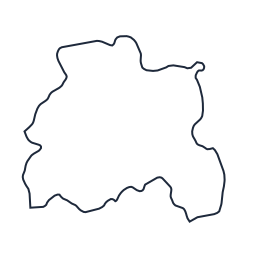 the border of Laoighis, rotated 7°
{"feature_id": "IRL-723", "entity_name": "Laoighis", "entity_type": "County", "adm_level": 1, "iso_a3": "IRL", "parent_name": "Ireland", "parent_adm1": "", "projection": "orthographic", "projection_center": [-7.345, 52.994], "detail": "fine", "context": "isolated", "style": "outline", "palette": "slate", "viewbox_px": 256, "rotation_deg": 7, "n_neighbors": 0, "source": "natural_earth", "source_scale": "10m", "svg_char_len": 2737}
<svg xmlns="http://www.w3.org/2000/svg" viewBox="0 0 256 256"><g transform="rotate(7 128 128)"><path d="M230.3,174.3L229.8,180.1L230.0,191.0L229.9,192.7L228.7,199.6L226.9,201.4L224.0,203.0L207.8,208.1L200.6,213.4L198.1,210.4L196.8,207.7L196.3,206.4L195.1,203.9L194.3,202.7L193.4,201.6L192.1,200.8L184.5,199.1L183.0,198.0L181.9,196.8L180.6,194.3L179.1,191.9L178.6,190.5L178.5,188.7L178.6,185.1L178.5,183.5L178.0,182.2L177.1,181.1L168.5,173.9L167.3,173.2L165.5,173.0L163.1,173.7L151.9,182.1L151.5,183.5L150.9,186.7L150.1,188.1L148.9,188.9L147.2,189.3L144.3,188.6L139.8,186.3L138.3,186.0L136.4,186.5L134.3,187.6L131.3,190.1L129.8,191.9L128.7,193.5L127.3,196.1L125.9,200.4L125.2,201.6L124.3,202.2L122.9,201.1L121.4,200.5L119.6,200.6L116.7,202.8L115.2,204.5L114.2,206.3L113.7,207.8L112.0,209.6L109.1,211.6L96.1,216.7L94.2,216.7L91.1,215.5L89.4,214.4L86.1,211.5L85.0,210.9L81.4,209.8L76.4,207.2L72.2,206.0L70.3,204.7L69.0,203.5L68.1,202.5L66.1,202.7L63.4,204.1L58.3,209.2L56.8,211.9L56.2,214.2L55.0,215.5L53.5,216.6L40.8,219.0L38.3,205.1L36.5,200.5L34.3,198.0L32.7,195.9L30.3,192.0L29.5,189.5L29.5,187.5L30.7,182.9L31.0,177.9L31.5,175.2L32.2,173.2L35.0,167.9L35.7,166.8L37.7,164.9L42.2,161.5L43.2,160.2L44.1,158.5L43.9,157.0L43.0,156.0L41.5,155.5L34.7,154.3L33.2,153.7L30.9,152.2L29.9,151.1L28.3,148.9L25.7,144.0L29.9,139.2L32.1,136.3L32.8,135.1L33.3,133.6L33.6,132.0L34.3,125.6L35.7,119.8L36.9,117.0L37.7,115.8L38.6,114.7L42.7,111.2L43.7,110.2L44.6,109.1L45.2,107.7L46.1,104.7L46.8,103.4L47.6,102.2L48.7,101.1L55.1,96.3L57.0,94.2L57.7,92.8L58.2,91.3L58.8,89.9L60.2,87.4L60.7,86.0L60.9,84.6L60.4,83.3L59.7,82.4L57.9,80.4L50.8,69.9L49.5,67.3L49.1,66.0L48.7,64.5L48.6,62.9L48.9,61.2L49.3,59.7L49.9,58.2L50.7,57.1L52.5,55.9L86.5,45.3L88.7,45.2L91.7,45.5L100.1,47.9L102.3,48.0L103.5,46.7L104.1,45.3L104.5,43.0L104.8,41.7L105.5,40.6L106.3,39.4L108.9,38.0L115.4,37.0L117.4,37.2L119.7,37.7L123.1,39.8L124.8,41.4L126.0,42.9L131.6,52.5L132.0,54.1L132.3,59.4L132.6,61.0L133.1,62.4L134.3,65.1L134.9,66.3L136.6,67.4L139.3,68.4L145.9,68.3L150.4,67.3L158.5,63.2L160.6,61.5L165.4,60.3L176.7,60.7L179.6,61.5L183.3,60.5L188.5,54.3L193.5,54.6L194.7,55.5L196.1,57.4L196.2,59.1L195.8,60.6L195.0,61.6L193.7,62.1L192.5,62.1L191.3,62.3L190.3,63.3L189.7,64.6L188.8,67.4L188.9,69.1L189.1,70.1L190.6,71.8L194.3,78.4L198.0,88.6L199.3,94.5L200.3,101.6L200.2,107.0L199.9,108.0L199.3,109.5L198.5,110.8L194.0,116.1L193.1,117.6L192.5,119.7L192.1,123.5L192.6,126.3L193.4,128.2L194.3,129.5L195.1,130.5L196.7,132.7L197.4,133.9L198.2,135.1L199.4,135.9L200.9,136.4L204.2,137.0L206.9,138.3L208.1,139.0L209.3,139.4L211.7,138.9L214.7,137.7L216.9,139.3L219.9,143.1L228.0,159.0L229.3,162.6L230.2,167.6L230.3,169.2L230.3,174.3Z" fill="none" stroke="#1e293b" stroke-width="2"/></g></svg>